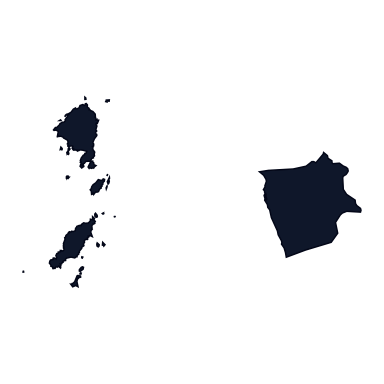 the district of Al Khukhah, Al Hudaydah, Yemen
{"feature_id": "15242507B44327302396722", "entity_name": "Al Khukhah", "entity_type": "district", "adm_level": 2, "iso_a3": "YEM", "parent_name": "Yemen", "parent_adm1": "Al Hudaydah", "projection": "orthographic", "projection_center": [42.797, 13.833], "detail": "fine", "context": "isolated", "style": "filled", "palette": "ink", "viewbox_px": 384, "rotation_deg": 0, "n_neighbors": 0, "source": "geoboundaries", "source_scale": "gbopen_adm2", "svg_char_len": 5779}
<svg xmlns="http://www.w3.org/2000/svg" viewBox="0 0 384 384"><path d="M355.1,200.1L346.6,194.4L343.3,189.4L342.7,177.8L343.2,176.2L346.0,174.5L347.4,172.6L348.2,171.0L347.7,168.7L346.2,167.3L343.2,166.0L339.4,163.2L332.8,163.7L332.0,162.7L331.9,160.8L328.0,158.3L327.4,155.6L323.6,152.5L323.2,154.1L315.9,162.8L313.7,161.6L311.9,161.6L306.1,166.2L293.2,169.0L268.4,170.4L259.5,171.8L263.7,175.3L266.0,179.3L266.4,181.3L264.9,185.8L265.1,186.7L263.4,189.7L264.5,190.7L264.6,192.2L266.1,194.5L266.1,196.7L266.8,199.2L266.5,199.8L265.5,199.4L266.0,197.1L264.7,196.5L265.4,194.1L264.7,194.5L265.1,193.2L264.1,195.5L265.0,198.6L264.7,200.2L267.4,204.6L267.8,207.4L269.7,209.8L271.4,217.6L277.4,230.8L278.2,234.8L281.4,240.6L281.9,242.5L281.5,244.1L284.1,247.9L285.5,252.6L286.3,257.2L305.6,250.0L331.2,242.3L337.7,233.2L335.5,222.4L340.3,214.9L342.4,213.0L346.7,211.3L360.5,212.1L361.0,210.3L360.5,208.4L356.8,205.6L355.5,203.5L355.1,200.1ZM87.4,104.9L86.2,103.5L85.3,103.8L84.8,105.4L84.1,105.5L82.9,104.5L80.0,105.5L79.1,107.8L77.0,108.9L75.2,108.7L75.3,108.1L74.3,108.6L73.3,109.2L71.1,112.2L68.4,113.8L66.5,114.3L65.3,115.4L64.9,116.9L65.7,115.2L68.6,114.8L65.1,119.7L65.3,120.9L64.0,122.2L62.3,122.3L60.0,123.6L59.4,124.9L56.6,127.6L55.4,127.5L53.5,129.9L54.0,130.4L56.2,130.1L58.3,131.5L57.3,136.7L57.8,136.8L58.6,135.8L59.3,136.4L60.8,136.2L62.9,137.0L63.6,138.0L67.4,140.1L68.2,142.2L67.4,143.8L68.0,144.0L67.8,146.1L69.1,147.4L69.1,146.2L72.0,145.9L72.8,146.3L72.2,148.3L73.5,148.7L72.9,149.5L73.5,150.1L76.3,150.0L77.4,151.0L78.0,150.1L78.7,150.7L79.9,149.9L82.4,150.1L86.8,151.3L85.9,153.3L84.9,153.4L84.5,154.7L83.3,155.2L81.3,157.9L80.3,160.6L80.7,161.2L80.4,162.2L81.2,162.1L81.3,162.5L80.1,166.3L81.7,168.0L83.8,166.5L83.7,165.8L82.9,165.6L83.2,164.8L82.2,165.0L82.2,164.1L84.4,163.3L85.8,161.4L89.2,161.2L90.4,161.6L90.4,162.4L88.1,167.0L89.1,168.4L89.5,167.8L91.8,168.4L93.0,167.6L93.7,168.1L94.4,166.9L96.0,165.6L93.9,164.7L93.7,162.8L92.8,162.1L92.7,161.1L91.1,161.4L90.7,160.5L91.8,158.4L93.3,157.9L93.1,157.4L94.5,155.8L94.2,154.2L94.7,152.1L92.7,149.2L93.0,146.8L92.6,146.5L93.6,146.0L93.7,144.0L92.8,142.5L94.4,138.8L96.8,135.6L96.7,134.4L96.1,134.2L95.6,132.9L95.9,131.7L96.7,131.0L95.8,129.7L96.9,126.0L95.9,124.2L96.5,123.1L97.3,123.5L98.6,120.2L96.2,120.0L96.6,119.4L96.0,119.5L95.7,117.8L94.9,117.1L95.4,116.6L95.2,114.1L92.9,111.5L90.7,110.6L89.4,109.2L89.1,109.4L89.0,108.3L87.3,107.1L87.4,104.9ZM94.5,218.5L92.6,216.7L92.6,219.8L90.4,219.2L90.3,221.0L88.3,223.0L85.5,223.3L83.7,222.8L81.9,224.0L81.2,225.4L80.8,225.1L79.8,225.8L79.3,225.4L76.8,226.4L76.4,227.5L75.6,228.2L75.3,230.7L73.2,231.6L71.7,231.2L70.8,232.1L69.4,231.7L68.6,232.4L68.8,233.0L68.3,233.0L68.2,233.5L66.0,235.4L65.4,237.3L64.7,237.7L65.1,239.1L63.4,243.7L63.7,244.8L63.3,246.0L63.9,247.1L63.4,247.9L64.3,249.2L64.0,249.8L62.7,251.1L61.1,250.4L60.8,251.2L60.3,250.9L60.3,251.8L58.2,252.1L58.2,253.3L56.8,253.6L55.9,255.6L56.8,257.6L56.1,259.1L54.8,258.1L53.5,258.0L53.1,258.2L53.3,259.4L50.6,260.0L49.8,261.2L49.4,263.2L50.9,265.0L50.9,266.3L52.6,266.9L52.9,268.6L53.9,268.6L54.4,268.0L55.1,268.3L55.9,266.8L57.5,267.1L58.8,266.0L60.0,266.7L59.6,267.3L60.5,268.0L60.7,267.2L60.2,266.8L60.9,265.6L60.2,263.9L61.6,263.9L62.1,262.8L63.2,262.1L62.9,261.4L63.3,261.0L65.6,260.5L65.4,259.5L66.4,258.2L71.0,257.1L74.8,257.9L76.2,256.8L77.0,256.8L77.2,255.4L78.8,254.0L78.6,252.7L79.4,252.3L79.3,251.2L81.7,248.4L81.7,247.3L83.9,245.7L83.4,243.9L84.5,242.4L84.3,240.5L86.0,239.3L87.3,239.5L87.7,239.2L87.5,237.7L88.9,236.8L88.3,236.1L89.9,235.5L92.3,236.6L90.8,232.4L91.0,230.6L92.1,229.4L91.7,229.1L92.1,228.7L91.6,228.0L92.1,227.2L91.6,225.8L92.8,224.6L93.0,223.7L93.7,224.0L94.8,223.4L94.6,222.5L95.3,221.5L93.8,219.7L94.5,218.5ZM104.6,179.4L103.2,178.9L102.5,180.0L101.1,180.4L98.3,179.6L95.8,182.8L93.1,184.7L91.7,186.8L91.3,188.6L90.2,189.8L91.3,191.2L91.6,194.4L92.8,194.0L93.1,193.3L93.4,194.0L94.0,193.6L94.0,194.1L95.8,191.8L96.8,192.2L98.5,191.6L99.6,189.0L101.2,188.1L101.1,186.5L102.0,186.2L101.9,185.1L102.8,184.4L103.0,182.5L104.3,181.2L104.6,179.4ZM80.5,276.0L77.7,275.5L77.1,275.8L74.7,281.7L73.0,283.4L72.1,283.5L71.8,284.3L70.8,284.2L72.7,286.8L75.7,285.5L78.0,286.7L76.9,281.6L77.4,279.2L78.0,278.7L77.6,278.5L78.4,277.7L80.6,277.2L80.5,276.0ZM82.5,266.8L81.3,267.3L79.4,269.6L79.3,271.0L80.2,271.4L83.1,269.2L83.5,267.3L82.5,266.8ZM95.5,213.2L94.8,214.1L94.9,216.2L95.9,217.2L96.9,217.2L97.3,216.5L97.1,215.2L95.5,213.2ZM98.2,246.9L99.0,246.1L99.2,244.7L97.2,242.9L96.8,244.1L97.0,246.0L98.2,246.9ZM69.8,148.4L68.9,148.2L68.3,148.6L68.0,151.0L66.8,152.5L67.1,154.0L67.9,153.0L68.7,153.3L68.1,155.0L68.8,153.8L68.2,151.3L70.0,149.1L69.8,148.4ZM105.0,244.7L102.7,242.3L102.4,245.1L103.5,245.4L103.8,246.1L105.0,244.7ZM108.9,183.0L109.3,181.1L108.7,179.8L109.5,178.4L109.4,177.4L107.3,181.8L108.0,183.2L107.7,184.5L108.9,183.0ZM85.9,99.3L85.8,98.0L84.9,97.2L84.9,99.4L85.9,99.3ZM60.9,147.1L60.5,148.6L61.0,148.1L61.6,148.4L62.0,149.3L61.4,149.7L61.9,149.8L62.2,149.1L62.1,148.4L60.9,147.1ZM68.0,176.0L66.7,176.2L66.3,177.0L66.5,177.8L66.9,176.5L68.5,177.1L68.7,176.5L68.0,176.0ZM80.9,274.1L81.2,273.1L80.4,272.9L79.9,273.9L80.9,274.1ZM109.3,99.9L107.5,100.0L108.8,100.8L109.0,101.9L109.3,99.9ZM107.2,101.2L106.0,100.9L105.7,101.6L107.1,102.0L107.2,101.2ZM82.3,258.1L82.8,257.1L81.9,256.8L81.7,257.8L82.3,258.1ZM106.3,188.9L106.8,187.6L107.3,185.3L106.1,187.9L106.3,188.9ZM103.4,212.9L102.3,213.5L102.7,213.9L103.4,213.3L103.2,214.4L103.8,213.6L103.4,212.9ZM59.6,120.5L61.0,120.5L60.6,119.9L59.6,120.5ZM23.6,272.1L23.6,271.3L23.3,271.2L23.0,272.0L23.6,272.1ZM115.7,216.3L115.0,216.6L113.8,216.4L114.7,216.9L115.7,216.3ZM107.3,175.4L107.7,174.0L106.8,175.9L107.3,175.4ZM68.0,178.6L68.5,178.0L67.4,178.4L68.0,178.6Z" fill="#0f172a" stroke="#020617" stroke-width="1.5"/></svg>